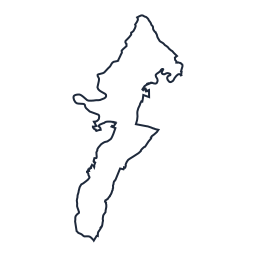 Cuci, Mures, Romania (Equal Earth projection)
{"feature_id": "2599482B99842368933543", "entity_name": "Cuci", "entity_type": "district", "adm_level": 2, "iso_a3": "ROU", "parent_name": "Romania", "parent_adm1": "Mures", "projection": "equal_earth", "projection_center": [24.16, 46.44], "detail": "fine", "context": "isolated", "style": "outline", "palette": "slate", "viewbox_px": 256, "rotation_deg": 0, "n_neighbors": 0, "source": "geoboundaries", "source_scale": "gbopen_adm2", "svg_char_len": 5634}
<svg xmlns="http://www.w3.org/2000/svg" viewBox="0 0 256 256"><path d="M93.8,240.6L96.7,235.8L97.0,235.7L97.8,236.0L97.9,233.2L98.4,231.7L99.1,230.8L101.3,227.3L100.9,227.2L102.0,225.8L102.1,225.7L102.4,224.1L102.6,222.5L103.0,220.7L103.0,220.3L102.8,219.7L102.8,218.2L103.2,215.6L103.4,215.1L104.2,213.9L105.5,212.2L105.6,210.5L106.3,207.0L106.3,204.7L105.9,203.5L106.1,202.8L105.9,202.3L105.0,201.7L105.3,200.4L106.3,199.9L106.8,199.4L107.3,199.3L107.8,198.9L108.8,197.3L109.9,196.3L109.9,195.6L110.7,194.7L111.6,192.8L111.6,192.5L111.9,191.9L112.1,191.0L112.7,189.9L112.7,188.9L113.1,188.0L113.0,185.5L113.5,184.2L113.6,183.0L114.0,181.5L114.3,181.1L114.9,180.7L115.1,180.1L115.5,179.8L120.1,168.5L123.5,169.3L123.9,168.5L124.0,167.3L125.2,167.6L125.6,166.5L125.8,165.4L125.6,164.9L125.8,164.1L126.6,162.2L127.8,160.3L128.5,159.6L130.1,158.5L133.5,156.4L138.6,153.1L140.8,151.1L140.8,150.5L141.8,149.2L142.7,148.3L144.2,147.0L145.1,146.7L148.5,141.5L151.1,138.4L151.5,136.8L151.4,136.8L151.8,136.2L154.2,134.4L156.9,132.0L158.4,129.8L156.1,129.3L155.0,129.0L153.7,128.4L153.4,128.5L151.1,127.5L147.8,126.4L146.5,126.2L135.9,124.2L137.1,120.0L137.5,116.5L137.3,112.9L137.4,111.6L137.5,111.0L138.3,108.2L139.7,105.3L140.1,104.1L140.1,103.8L141.4,101.3L142.3,101.6L142.8,99.0L143.3,95.0L149.1,97.1L149.0,90.0L147.8,90.5L148.0,90.8L147.5,91.1L147.3,90.9L146.0,91.4L145.0,89.4L145.8,89.1L145.5,88.5L143.6,89.3L143.1,90.1L142.4,89.4L144.5,86.2L146.3,84.9L147.6,84.4L147.3,83.7L148.2,83.4L148.3,83.5L148.8,83.3L149.0,83.8L150.6,83.1L150.7,82.8L151.2,82.9L151.7,83.0L151.9,82.7L153.8,83.4L155.3,83.6L156.3,83.3L156.8,82.9L157.2,82.0L157.6,80.9L157.5,79.8L157.3,78.9L156.0,76.7L155.8,75.8L155.7,75.1L155.9,74.7L156.6,73.9L160.0,71.5L161.0,69.9L161.6,69.3L162.2,69.0L162.9,69.0L163.2,69.3L163.1,69.6L161.8,72.1L161.8,72.8L162.0,73.4L162.6,74.0L163.4,74.2L164.0,74.3L164.6,74.2L166.4,73.3L167.5,73.1L168.2,73.2L169.2,73.5L170.1,73.9L170.4,74.3L170.4,74.9L170.2,75.2L168.6,75.8L168.1,76.1L167.4,77.1L167.2,77.7L167.2,78.4L167.6,79.7L168.8,81.3L169.5,81.9L170.6,82.1L171.0,82.0L172.3,81.3L173.0,80.8L173.5,80.1L174.7,77.9L176.4,75.8L177.9,74.5L178.7,74.2L179.7,74.2L180.6,74.8L180.9,75.4L181.4,75.2L181.2,74.7L181.6,71.7L181.0,71.5L181.8,68.6L182.4,66.7L182.5,65.8L182.3,64.5L181.6,64.1L180.7,63.1L180.1,62.9L179.5,62.9L178.3,62.4L177.3,62.7L176.3,62.6L176.5,61.8L176.5,61.5L175.2,60.0L175.0,59.2L174.9,57.6L177.0,56.0L173.9,53.0L172.3,51.1L171.2,50.5L168.8,48.5L168.2,47.5L166.5,46.1L164.9,45.1L163.5,43.5L162.7,42.9L160.6,41.7L159.7,41.0L157.6,37.5L157.3,36.6L156.7,34.3L156.0,33.4L155.7,32.3L154.8,31.8L153.3,29.6L153.1,28.8L153.0,27.2L152.8,26.4L151.3,24.7L150.9,23.3L149.8,21.5L149.3,21.0L148.6,19.9L148.3,19.1L147.1,17.8L145.9,16.9L144.7,16.6L142.8,15.5L141.8,15.4L141.0,15.5L139.2,16.3L137.1,17.4L137.8,18.5L137.9,19.8L137.0,21.8L135.1,24.6L135.6,25.5L135.6,26.3L134.9,28.3L133.5,30.9L132.3,32.0L131.2,32.6L131.1,33.0L131.2,34.6L130.7,35.3L129.1,37.3L125.6,40.9L125.4,41.7L125.4,42.3L126.2,43.9L126.5,44.0L126.5,46.1L123.2,49.0L121.7,50.6L121.7,51.4L121.9,52.4L121.6,53.3L120.9,54.5L120.5,55.5L118.2,60.2L118.2,60.7L117.2,61.1L113.7,61.8L113.1,62.2L112.5,62.6L111.7,63.6L110.5,65.7L110.0,66.5L108.1,68.3L104.4,72.3L103.8,72.7L102.8,73.2L98.5,74.3L98.0,74.5L97.6,74.9L97.6,75.2L97.7,76.1L98.8,78.1L99.0,78.8L99.0,79.6L98.8,81.2L97.5,87.0L97.5,87.5L98.3,89.3L99.6,90.6L101.3,91.7L104.9,93.7L105.9,94.6L106.0,95.0L106.1,96.1L105.7,97.1L105.4,97.5L104.1,98.4L100.0,100.0L98.4,100.2L96.2,100.2L93.0,100.6L89.9,100.7L88.9,100.7L87.8,100.4L87.1,100.1L86.5,99.6L83.4,96.9L81.7,95.6L80.5,94.9L79.3,94.5L78.2,94.5L76.6,94.7L75.4,95.0L74.4,95.5L73.8,96.1L73.5,97.1L73.6,98.3L74.1,100.1L75.4,102.2L76.0,102.7L76.9,103.3L78.3,103.6L83.2,103.9L84.2,104.2L84.8,104.8L85.3,106.9L86.1,108.2L89.7,111.5L97.9,114.5L98.5,114.8L98.9,115.3L99.1,115.9L99.2,116.7L98.9,118.7L98.6,119.4L97.8,120.3L96.8,121.1L95.8,121.5L93.9,121.7L94.3,122.5L94.9,123.1L95.1,123.8L95.6,124.7L95.7,125.2L96.3,125.7L96.3,126.0L95.5,126.2L95.0,126.5L93.7,126.7L92.9,126.6L92.9,127.2L93.2,127.7L93.9,128.7L94.7,129.2L95.8,129.6L95.9,130.6L96.5,130.9L98.4,130.2L100.7,129.8L100.4,128.2L99.6,127.1L98.6,126.2L98.8,125.6L99.9,124.6L103.2,123.2L103.9,123.1L105.0,122.3L106.1,121.8L107.8,121.6L110.3,121.6L112.6,121.9L113.2,121.9L114.8,122.3L114.3,122.7L115.8,123.2L113.6,126.4L112.1,125.8L111.5,126.6L115.4,128.1L113.4,133.8L112.2,136.6L111.3,138.3L110.9,138.9L109.6,139.9L107.4,141.4L104.9,142.0L103.6,142.6L101.2,144.2L98.3,147.6L97.4,149.2L97.3,149.7L97.3,150.6L96.9,151.2L96.4,152.4L96.5,154.3L96.7,156.8L96.5,157.8L96.4,158.0L96.0,158.1L95.1,158.1L94.4,158.1L93.8,160.3L94.0,160.8L93.7,160.8L93.6,161.5L94.0,162.1L95.2,162.6L94.2,165.3L94.2,166.0L94.3,166.7L94.2,167.1L94.1,166.9L93.6,166.0L93.1,165.7L92.5,165.5L92.0,164.9L90.8,167.1L91.1,167.3L91.2,167.8L91.1,168.0L90.5,168.0L90.3,168.1L90.2,168.6L89.8,168.8L89.2,168.6L88.3,170.1L88.4,170.3L88.5,170.2L88.5,170.3L88.5,170.7L89.0,170.7L89.1,171.0L88.0,171.2L87.9,171.0L87.8,171.4L87.5,171.4L87.5,171.7L87.0,171.8L87.0,172.1L87.2,172.4L87.8,172.7L88.3,173.5L88.4,174.9L89.4,176.9L89.5,177.4L89.3,177.9L88.0,179.6L86.2,181.1L83.3,183.3L81.3,184.4L80.2,186.2L79.6,187.4L78.7,190.9L78.5,192.3L78.0,194.0L77.6,195.2L77.4,197.8L77.2,198.3L76.8,200.5L77.2,203.7L77.1,204.4L77.1,206.3L77.7,208.3L78.2,209.5L78.5,210.7L78.9,211.6L79.0,212.2L78.9,212.9L76.9,214.5L75.7,216.1L75.5,216.6L75.3,217.7L75.3,219.7L75.1,221.4L76.6,231.1L77.3,231.7L78.0,232.6L78.8,233.1L80.8,233.9L82.1,234.7L82.9,235.5L84.1,236.3L84.5,236.4L87.5,236.3L88.8,236.4L89.8,236.7L91.2,237.7L93.5,240.1L93.8,240.6Z" fill="none" stroke="#1e293b" stroke-width="2"/></svg>